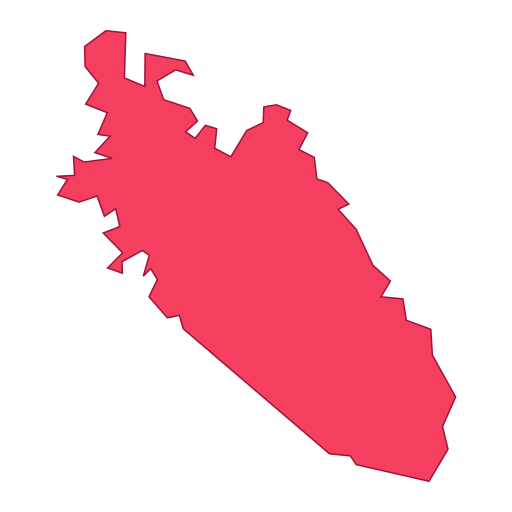 Garrard, Kentucky, United States of America
{"feature_id": "52423323B74527006029943", "entity_name": "Garrard", "entity_type": "district", "adm_level": 2, "iso_a3": "USA", "parent_name": "United States of America", "parent_adm1": "Kentucky", "projection": "albers", "projection_center": [-84.593, 37.65], "detail": "fine", "context": "isolated", "style": "filled", "palette": "rose", "viewbox_px": 512, "rotation_deg": 0, "n_neighbors": 0, "source": "geoboundaries", "source_scale": "gbopen_adm2", "svg_char_len": 1075}
<svg xmlns="http://www.w3.org/2000/svg" viewBox="0 0 512 512"><path d="M84.6,46.5L85.1,66.6L98.6,83.2L85.7,104.1L107.3,112.7L97.9,134.4L110.1,136.1L94.9,152.6L112.2,158.4L84.0,162.0L73.5,156.4L74.6,175.4L56.4,176.3L67.5,179.3L57.6,195.0L79.0,202.1L97.1,196.0L104.4,216.3L115.7,208.7L119.8,226.5L103.2,233.0L122.6,252.8L107.6,268.0L122.4,273.2L122.0,261.7L142.3,250.5L149.3,255.3L143.3,276.1L150.7,268.7L157.4,279.5L149.0,296.8L167.4,317.8L179.4,315.4L183.3,328.8L329.5,453.8L350.4,455.9L356.2,464.6L429.0,481.3L448.0,449.2L442.5,426.6L455.6,397.0L432.4,355.2L430.8,329.3L406.3,320.3L402.9,298.9L381.0,296.8L390.4,281.1L372.9,265.2L356.2,229.4L338.2,209.3L348.8,204.1L327.8,182.7L316.9,178.9L314.3,157.4L299.0,149.6L307.7,132.8L287.2,120.2L290.7,110.4L276.4,104.8L263.8,106.9L263.2,122.6L246.6,130.6L230.8,156.8L214.7,148.2L216.7,128.8L205.4,125.3L195.1,138.4L185.6,131.7L197.5,121.1L189.9,108.4L163.7,99.7L157.0,80.9L175.7,69.9L193.3,75.3L185.2,61.1L145.1,53.5L144.8,86.5L124.4,77.9L125.8,32.8L105.9,30.7L84.6,46.5Z" fill="#f43f5e" stroke="#9f1239" stroke-width="1.5"/></svg>